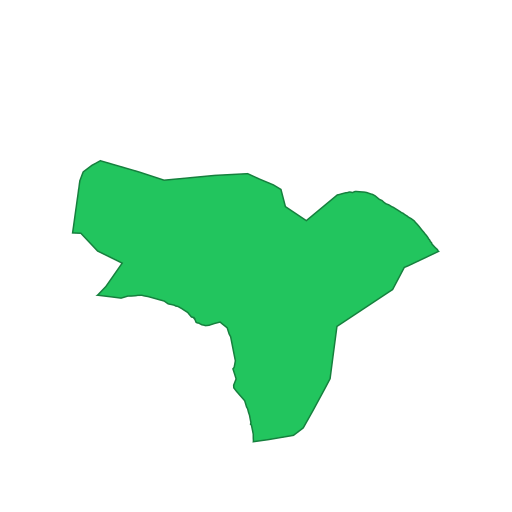 Erdene, Dornogovi, Mongolia, rotated 145°
{"feature_id": "93677404B44396439939565", "entity_name": "Erdene", "entity_type": "district", "adm_level": 2, "iso_a3": "MNG", "parent_name": "Mongolia", "parent_adm1": "Dornogovi", "projection": "natural_earth1", "projection_center": [111.283, 44.182], "detail": "fine", "context": "isolated", "style": "filled", "palette": "green", "viewbox_px": 512, "rotation_deg": 145, "n_neighbors": 0, "source": "geoboundaries", "source_scale": "gbopen_adm2", "svg_char_len": 3131}
<svg xmlns="http://www.w3.org/2000/svg" viewBox="0 0 512 512"><g transform="rotate(145 256 256)"><path d="M408.3,314.8L407.7,314.3L407.5,314.1L400.4,307.7L398.6,306.1L390.9,299.1L390.7,298.9L390.1,298.7L386.2,297.4L384.3,296.8L384.0,296.7L380.6,294.4L377.5,292.6L377.2,292.4L375.6,291.7L373.9,290.6L373.5,290.3L373.3,290.2L372.3,289.5L372.1,289.4L370.5,287.5L369.2,286.2L367.6,284.6L361.6,277.3L360.0,275.3L358.8,273.9L358.3,273.3L357.7,272.5L357.0,271.7L356.1,269.1L355.4,267.2L354.7,266.4L354.4,266.1L352.6,264.2L351.1,262.5L350.5,261.1L348.9,259.5L346.8,255.1L346.3,253.7L344.3,248.8L344.2,246.7L344.1,245.7L344.0,244.9L344.0,244.2L343.9,243.7L343.9,243.3L343.8,243.2L343.7,242.9L343.6,242.7L343.4,242.7L343.2,242.5L343.2,242.4L343.1,242.2L342.9,241.9L342.8,241.7L342.7,241.6L342.6,241.4L342.3,241.4L342.2,241.3L342.1,241.2L342.1,240.9L342.3,240.7L342.5,240.7L342.6,240.4L342.5,240.2L342.4,240.2L342.3,239.9L342.2,239.7L342.3,239.6L342.2,239.5L342.3,239.4L342.5,239.4L342.5,239.2L342.4,239.2L342.4,238.9L342.6,238.2L343.1,236.1L342.5,234.9L341.4,233.9L340.4,231.9L339.8,230.7L338.5,229.4L338.0,228.8L337.4,228.0L335.7,227.0L334.7,226.5L334.3,226.2L332.8,225.8L328.6,224.5L323.3,222.5L322.7,220.2L320.8,213.7L322.7,207.6L323.1,204.4L327.3,194.9L330.1,188.6L333.0,182.0L333.2,181.8L335.6,179.4L337.7,177.4L337.8,177.3L339.6,176.8L341.3,171.3L342.8,166.7L344.9,165.3L348.4,163.0L349.8,160.7L349.6,156.3L349.1,151.5L348.4,145.3L348.3,143.9L349.0,141.7L350.3,137.8L350.4,136.7L350.5,135.7L350.6,135.4L351.2,133.8L351.8,132.2L351.9,131.9L352.6,129.4L355.8,122.3L356.2,122.0L357.0,121.3L356.8,120.4L356.8,119.9L360.4,111.7L363.0,107.9L363.4,107.2L364.3,105.8L364.7,105.4L351.2,98.5L328.1,87.6L315.9,88.1L298.0,96.7L276.0,107.7L265.7,113.0L250.9,129.2L230.1,151.9L163.3,150.2L141.1,161.6L137.0,160.7L103.8,155.1L104.0,155.8L103.7,157.2L104.4,160.2L104.9,164.0L105.0,165.2L104.7,165.8L104.6,166.5L104.8,167.1L104.9,167.8L104.7,168.8L104.6,169.6L104.8,171.1L104.6,172.4L104.6,174.0L104.7,176.0L104.9,177.2L104.9,178.9L105.2,181.6L105.4,185.2L105.5,187.1L105.8,189.9L106.2,192.3L106.2,193.7L106.8,195.7L107.5,197.7L108.6,199.9L109.0,200.9L109.2,201.9L109.8,203.2L110.6,205.1L110.8,206.2L112.1,208.4L112.4,209.5L114.0,213.3L115.6,217.1L116.5,218.5L117.9,221.8L119.6,224.2L120.5,226.9L121.0,229.2L122.5,231.7L123.9,236.9L124.9,239.0L125.5,240.0L126.2,240.7L128.9,244.5L130.7,246.3L132.7,247.9L135.0,249.8L136.9,251.4L137.8,252.0L139.9,252.5L140.3,252.5L140.7,252.7L141.6,253.8L142.4,254.5L142.9,254.9L143.5,255.1L144.6,255.4L145.2,255.7L146.4,256.4L150.5,257.9L152.6,258.6L154.4,259.4L194.5,256.1L203.6,279.6L197.4,296.2L201.0,304.3L209.1,317.1L215.6,328.2L243.6,345.7L287.8,370.8L303.3,391.5L328.7,423.1L328.8,423.3L336.0,424.1L336.7,424.2L338.4,424.4L343.6,424.2L349.2,424.0L349.4,423.9L350.8,423.0L357.2,418.6L357.9,417.8L358.8,416.9L362.6,412.7L363.2,412.2L364.7,410.5L364.9,410.3L368.2,406.7L368.9,406.0L369.0,405.9L374.1,400.4L375.0,399.4L377.0,397.3L384.8,388.9L388.7,384.7L390.3,383.0L393.0,380.1L386.4,375.1L382.9,350.9L369.7,326.9L396.5,317.1L408.2,314.8L408.3,314.8Z" fill="#22c55e" stroke="#15803d" stroke-width="1.5"/></g></svg>